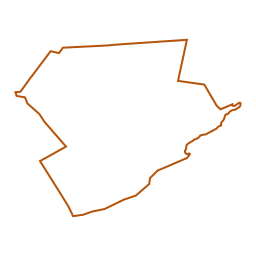 outline of Monroe, Pennsylvania, United States of America
{"feature_id": "52423323B86940080829483", "entity_name": "Monroe", "entity_type": "district", "adm_level": 2, "iso_a3": "USA", "parent_name": "United States of America", "parent_adm1": "Pennsylvania", "projection": "robinson", "projection_center": [-75.179, 41.033], "detail": "fine", "context": "isolated", "style": "outline", "palette": "amber", "viewbox_px": 256, "rotation_deg": 0, "n_neighbors": 0, "source": "geoboundaries", "source_scale": "gbopen_adm2", "svg_char_len": 1196}
<svg xmlns="http://www.w3.org/2000/svg" viewBox="0 0 256 256"><path d="M240.5,103.4L240.4,103.0L239.8,102.7L238.9,103.0L237.8,103.6L235.8,105.2L234.7,105.8L233.5,105.9L232.6,105.8L232.4,105.5L232.4,104.3L220.5,109.3L216.7,105.7L204.3,84.6L178.0,80.9L184.0,53.3L186.9,39.8L128.3,43.8L111.2,45.0L108.8,45.4L62.9,47.7L59.0,53.1L50.6,51.2L32.2,75.7L31.5,76.4L20.4,91.8L15.4,92.2L16.6,95.9L25.0,97.4L27.5,103.5L39.5,114.2L44.2,121.5L66.0,146.6L40.0,161.1L58.6,190.6L68.7,206.9L73.1,216.2L83.3,214.7L92.1,211.6L104.6,209.0L123.7,199.7L135.9,195.5L149.1,184.1L150.1,178.0L157.7,170.5L187.0,158.0L189.9,154.2L189.2,153.5L187.1,154.0L186.3,153.9L185.5,153.2L185.0,152.0L185.0,150.8L185.8,149.5L186.1,148.5L186.3,147.6L186.3,145.9L186.6,145.1L187.7,143.9L189.0,143.0L193.2,140.6L193.7,139.8L196.5,138.8L198.2,137.9L199.9,136.1L200.1,135.6L202.9,134.7L204.9,134.6L206.4,134.0L215.2,129.3L216.3,128.7L218.3,126.7L219.6,126.0L221.2,125.4L221.3,125.1L221.0,123.6L221.2,122.7L223.4,120.1L224.0,119.1L224.4,118.0L224.6,116.8L225.5,114.8L226.0,114.3L227.6,114.2L229.8,111.7L231.4,110.6L233.2,109.9L235.4,109.6L239.2,107.1L240.1,106.1L240.6,103.8L240.5,103.4Z" fill="none" stroke="#b45309" stroke-width="2"/></svg>